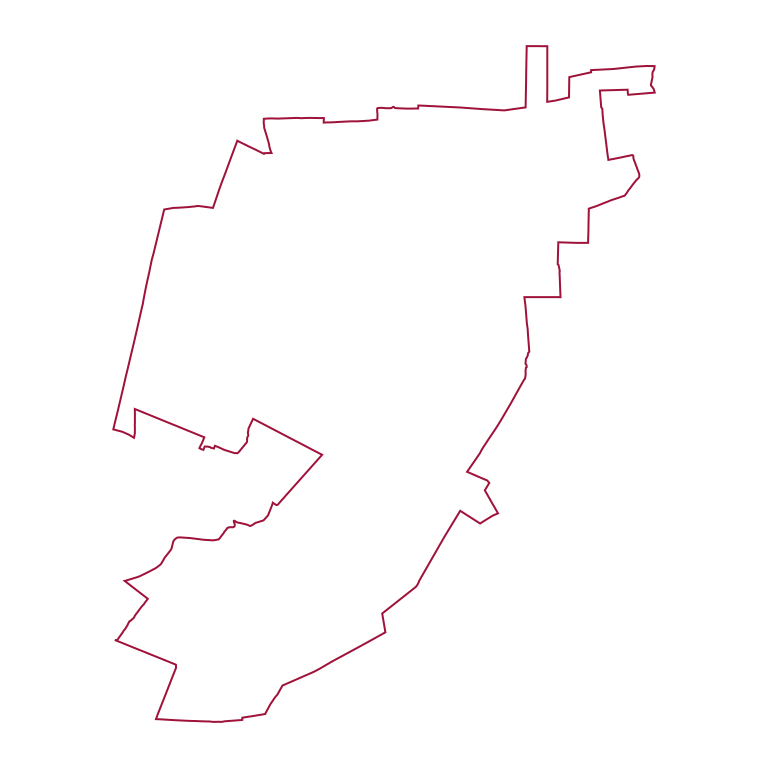 the district of Sihlea, Vrancea, Romania
{"feature_id": "2599482B87031961829785", "entity_name": "Sihlea", "entity_type": "district", "adm_level": 2, "iso_a3": "ROU", "parent_name": "Romania", "parent_adm1": "Vrancea", "projection": "robinson", "projection_center": [27.167, 45.48], "detail": "fine", "context": "isolated", "style": "outline", "palette": "rose", "viewbox_px": 768, "rotation_deg": 0, "n_neighbors": 0, "source": "geoboundaries", "source_scale": "gbopen_adm2", "svg_char_len": 6074}
<svg xmlns="http://www.w3.org/2000/svg" viewBox="0 0 768 768"><path d="M354.2,649.5L359.6,646.6L374.1,638.6L385.4,632.3L382.2,613.5L415.7,587.0L416.1,586.5L417.0,585.5L418.1,583.5L418.5,582.8L419.1,581.0L444.3,537.0L460.2,510.8L480.1,523.5L492.2,515.9L498.0,513.3L492.9,504.5L486.2,492.7L484.8,490.3L486.9,486.9L489.3,482.9L487.1,480.4L483.0,478.7L477.4,476.3L467.1,471.8L480.0,453.1L482.0,449.2L489.9,437.2L495.6,428.8L500.2,421.5L504.6,414.0L510.8,403.4L519.6,387.6L523.9,380.0L525.0,378.6L525.6,375.2L525.6,370.0L526.0,367.6L526.7,367.1L526.5,365.0L525.5,363.7L525.9,359.2L526.2,358.4L526.9,357.5L527.7,355.5L528.1,353.1L529.3,351.7L528.6,342.6L528.0,334.8L527.7,329.4L527.2,325.7L526.8,322.8L526.7,321.1L525.4,305.0L524.8,300.9L524.4,297.1L541.5,297.1L557.0,297.1L560.5,297.2L559.5,271.3L559.8,271.0L558.5,264.9L557.7,264.2L558.3,242.3L577.2,242.9L588.1,242.9L588.2,237.1L588.4,232.7L588.5,225.0L588.6,219.9L588.7,215.0L588.8,210.9L588.8,208.7L591.2,207.8L594.7,206.7L596.7,206.0L605.1,202.6L607.1,201.9L609.9,200.7L611.7,200.0L613.0,199.6L614.2,199.2L616.7,198.4L621.1,196.9L622.8,196.2L624.2,195.9L624.8,195.5L625.7,194.3L627.1,192.5L627.6,191.5L628.7,189.9L629.7,188.8L631.8,185.9L632.7,184.7L633.6,183.5L635.2,181.6L635.8,180.7L638.8,177.7L639.2,177.0L639.3,176.0L639.3,175.5L639.3,174.8L639.2,174.0L638.9,173.1L638.6,172.3L638.3,171.5L637.8,170.2L637.2,168.7L636.9,167.6L636.3,166.1L636.0,165.5L634.9,162.3L634.0,160.2L633.5,158.6L633.4,157.7L633.4,156.9L633.1,155.5L632.6,155.2L632.1,155.1L627.2,156.1L619.8,157.7L608.4,159.9L607.6,154.9L606.6,146.8L604.4,129.0L603.5,123.1L602.7,115.3L602.3,108.7L601.2,107.3L599.9,90.5L627.6,89.7L627.9,93.6L628.2,94.8L654.7,92.6L654.4,91.6L654.1,90.3L653.7,89.0L652.5,87.3L651.4,86.0L651.0,85.4L651.0,84.9L651.0,84.3L651.1,83.8L651.3,82.9L651.5,82.0L651.7,81.0L652.2,78.7L652.4,77.9L652.5,76.7L652.4,75.0L652.5,73.0L652.7,72.0L653.2,71.0L653.8,70.3L654.3,68.8L654.6,66.1L653.2,66.1L646.5,66.0L635.5,66.6L613.4,69.0L591.1,70.1L591.1,72.3L569.3,77.1L569.0,97.4L555.8,100.5L550.9,101.3L547.2,101.8L547.3,86.4L547.3,50.6L547.3,46.2L526.7,46.1L526.2,71.7L526.1,81.1L525.6,107.4L504.2,110.4L482.1,109.1L460.3,107.5L418.9,105.5L418.3,105.5L418.1,108.5L415.5,108.5L412.1,108.6L406.2,108.6L404.2,108.5L401.3,108.4L397.2,108.2L395.3,108.1L394.8,107.9L394.1,107.2L393.4,106.9L393.1,106.9L392.7,107.1L391.5,108.0L390.5,108.2L388.9,108.2L385.7,108.2L382.7,107.9L379.5,107.9L377.6,108.1L377.3,108.3L377.1,108.9L377.2,111.1L377.2,112.0L377.4,113.0L377.5,114.3L377.4,117.7L377.4,119.6L371.5,120.3L369.5,120.6L363.4,121.0L357.7,121.3L355.7,121.3L352.2,121.3L347.1,121.5L341.4,121.8L337.4,122.0L334.7,122.2L330.1,122.4L326.8,122.4L323.7,122.6L323.9,118.1L314.6,118.0L310.7,117.9L305.3,118.0L301.3,118.2L298.6,118.0L296.6,117.9L289.1,118.2L280.5,118.5L278.5,118.6L271.2,118.4L266.3,118.6L263.8,118.8L263.8,120.6L263.7,122.5L263.9,124.5L264.2,126.6L264.2,127.8L264.9,130.1L266.8,136.3L268.6,142.5L269.2,145.2L269.2,145.7L269.4,146.6L270.2,149.6L270.7,151.2L271.5,153.0L266.8,153.1L264.2,153.2L263.9,153.8L256.0,149.9L248.9,146.5L239.9,142.1L237.3,140.7L237.0,141.6L231.6,156.0L225.4,172.9L222.0,181.8L219.5,188.7L213.0,207.9L199.5,206.1L196.6,206.0L196.0,206.3L187.9,207.1L180.4,207.6L176.8,207.8L173.3,207.9L170.0,208.5L164.2,209.5L153.5,253.6L151.8,259.6L150.7,265.0L149.1,272.9L147.5,279.9L146.0,286.9L144.8,293.0L143.5,299.8L142.8,304.0L141.8,308.1L136.9,329.8L133.9,342.7L130.7,356.0L129.2,362.5L127.4,370.0L125.7,376.9L124.1,384.1L122.4,391.3L117.9,410.4L114.8,423.0L113.3,429.4L122.4,431.8L128.9,434.7L134.0,437.8L134.8,433.7L134.9,429.0L134.8,425.4L134.9,422.8L134.9,412.7L134.8,409.0L204.3,437.3L202.9,440.8L202.0,443.0L201.5,444.0L200.6,445.6L199.5,447.9L199.4,448.1L200.1,448.6L201.8,449.4L203.2,449.7L203.4,449.8L204.7,446.5L207.4,446.6L209.2,446.9L210.2,447.2L211.0,447.8L213.9,448.5L214.9,445.8L218.1,447.0L224.1,449.8L234.5,453.1L237.6,453.1L238.9,451.9L246.8,442.3L247.1,441.2L247.1,438.2L247.3,437.4L248.0,436.1L248.3,435.2L247.9,433.1L248.0,431.9L248.4,430.1L248.4,428.8L250.9,423.4L253.1,418.8L322.1,454.8L285.4,496.0L283.7,498.0L281.5,500.4L278.1,504.4L277.5,504.8L276.9,505.0L276.5,505.0L275.7,504.7L272.8,502.7L272.6,503.6L272.1,505.0L270.6,508.9L268.9,513.2L268.3,514.9L267.6,515.9L263.5,520.4L262.5,520.7L261.9,520.9L259.4,521.7L256.4,522.6L255.8,522.8L254.6,523.5L252.1,525.2L250.5,525.9L250.0,526.0L249.0,525.5L247.1,524.7L243.2,523.7L238.6,522.7L237.8,522.6L236.5,522.1L235.6,521.5L234.7,520.8L234.1,520.7L233.8,520.9L233.8,521.3L234.0,522.4L234.6,523.9L234.8,524.7L234.7,525.8L234.4,526.5L233.6,527.0L232.9,527.3L232.0,527.3L231.4,527.2L230.5,527.2L229.7,527.2L229.4,527.2L229.1,527.3L228.8,527.6L228.0,527.7L227.3,528.0L226.0,529.9L224.1,532.1L224.0,532.6L222.6,534.4L219.4,538.6L218.7,539.4L217.6,539.5L217.0,539.7L215.0,540.1L213.5,540.3L212.5,540.3L204.0,539.8L202.9,539.7L196.9,538.9L189.7,538.0L184.7,537.7L180.3,537.4L177.9,537.5L177.3,537.6L176.5,538.1L175.7,538.6L174.9,539.3L174.4,539.8L173.7,540.8L173.3,541.5L173.1,542.2L172.1,546.3L171.8,547.7L171.4,548.8L171.0,549.6L168.5,552.9L164.8,557.5L162.5,561.5L160.9,564.1L160.5,564.5L156.3,567.8L147.6,572.4L139.8,576.2L137.4,577.1L125.9,580.6L124.7,580.9L137.3,590.7L147.8,598.8L144.5,603.2L143.9,604.2L143.3,604.8L141.5,606.8L138.8,610.4L135.3,615.1L134.6,616.2L134.4,616.6L134.4,617.0L134.1,617.4L133.3,618.4L132.2,619.2L131.7,619.8L130.5,620.8L129.7,621.2L129.3,621.4L129.2,621.7L129.2,622.0L128.9,622.4L128.2,623.5L127.5,625.2L124.8,629.5L123.6,630.6L123.3,631.5L117.5,639.7L116.6,640.2L114.8,640.0L175.5,664.5L175.9,664.7L176.0,665.8L176.0,667.5L175.9,668.2L175.3,669.7L172.5,676.7L166.7,691.6L157.9,713.9L156.0,719.1L160.2,719.3L168.5,719.8L175.2,720.2L187.5,720.8L197.1,721.1L204.8,721.4L209.7,721.5L213.0,721.9L213.6,721.9L214.6,721.9L217.4,721.8L219.2,721.8L221.1,721.9L222.7,721.7L224.6,721.3L225.9,721.2L240.6,720.1L242.3,719.9L242.3,717.7L253.9,715.9L265.3,714.0L265.5,713.2L270.2,704.5L272.7,700.8L274.8,697.7L275.8,696.4L277.2,694.9L282.5,685.5L314.1,671.7L319.9,668.6L332.7,661.1L354.2,649.5Z" fill="none" stroke="#9f1239" stroke-width="2"/></svg>